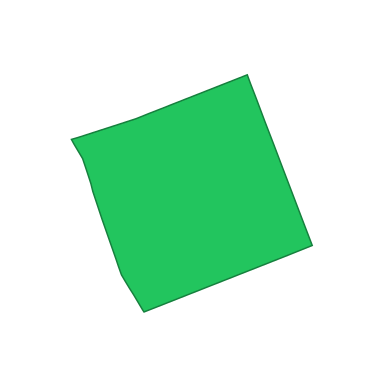 Nova União, Rondônia, Brazil (Albers equal-area conic projection), rotated 111°
{"feature_id": "56859067B83973416791305", "entity_name": "Nova União", "entity_type": "district", "adm_level": 2, "iso_a3": "BRA", "parent_name": "Brazil", "parent_adm1": "Rondônia", "projection": "albers", "projection_center": [-62.528, -10.891], "detail": "fine", "context": "isolated", "style": "filled", "palette": "green", "viewbox_px": 384, "rotation_deg": 111, "n_neighbors": 0, "source": "geoboundaries", "source_scale": "gbopen_adm2", "svg_char_len": 583}
<svg xmlns="http://www.w3.org/2000/svg" viewBox="0 0 384 384"><g transform="rotate(111 192 192)"><path d="M62.8,182.4L117.1,241.7L125.4,250.7L134.4,260.6L140.3,266.9L143.8,270.7L182.0,318.0L186.1,323.4L189.6,319.3L200.0,306.1L208.1,299.4L215.7,293.2L220.4,289.4L227.0,284.8L237.6,276.1L249.2,266.6L282.0,238.8L287.7,234.1L294.6,228.2L299.3,222.3L302.6,218.0L304.1,216.1L309.0,209.5L319.8,195.8L321.2,193.8L216.3,79.4L198.8,60.6L178.0,79.3L157.9,97.3L136.5,116.5L117.9,133.1L100.2,149.1L81.6,165.6L70.0,176.1L62.8,182.4Z" fill="#22c55e" stroke="#15803d" stroke-width="1.5"/></g></svg>